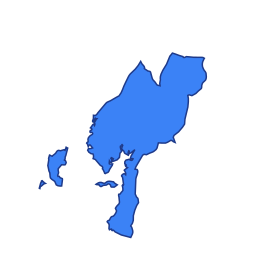 the Province of Veraguas, rotated 29°
{"feature_id": "PAN-1341", "entity_name": "Veraguas", "entity_type": "Province", "adm_level": 1, "iso_a3": "PAN", "parent_name": "Panama", "parent_adm1": "", "projection": "equal_earth", "projection_center": [-81.249, 8.046], "detail": "fine", "context": "isolated", "style": "filled", "palette": "blue", "viewbox_px": 256, "rotation_deg": 29, "n_neighbors": 0, "source": "natural_earth", "source_scale": "10m", "svg_char_len": 5782}
<svg xmlns="http://www.w3.org/2000/svg" viewBox="0 0 256 256"><g transform="rotate(29 128 128)"><path d="M130.6,40.9L133.9,40.3L137.8,39.7L141.5,38.9L142.2,39.4L142.9,39.2L143.7,38.4L144.4,37.3L151.2,34.3L157.8,30.7L159.3,30.0L161.0,30.0L161.0,31.0L161.0,31.3L161.2,33.7L161.5,34.8L162.0,36.1L162.9,37.5L163.5,38.3L165.1,39.6L166.6,40.6L168.1,41.2L169.1,41.8L169.7,42.3L171.6,45.1L172.2,46.4L172.6,48.1L172.2,49.9L171.7,51.3L171.4,52.7L171.8,54.8L172.2,55.8L172.6,56.4L172.8,57.1L173.0,57.9L171.6,61.5L170.6,64.9L168.2,68.7L165.5,69.3L164.5,70.5L166.4,72.8L168.1,75.9L170.2,80.7L173.5,92.6L175.6,97.2L175.3,100.9L174.1,106.8L171.8,112.2L172.1,114.2L176.2,117.8L174.2,118.0L173.5,117.8L172.3,117.7L171.4,118.1L169.5,121.3L168.1,123.0L165.0,124.7L161.8,126.3L163.1,131.4L163.0,133.2L162.1,135.5L161.4,136.8L158.9,139.8L157.1,142.4L154.9,143.2L154.5,143.7L154.0,144.8L153.7,158.0L154.1,160.6L156.1,159.9L156.9,160.4L157.4,160.9L158.0,162.1L158.5,163.9L159.1,167.3L159.6,168.9L166.3,182.2L168.9,184.2L170.6,184.7L171.2,185.2L173.4,188.2L173.2,191.5L173.8,196.5L175.2,202.1L177.4,206.2L178.0,208.9L178.0,210.6L177.8,211.8L177.9,212.4L179.2,212.9L180.0,213.6L181.8,215.4L182.7,216.7L183.2,218.3L183.5,222.4L174.0,224.8L167.0,225.1L165.2,224.5L164.7,224.5L164.2,225.2L163.8,225.4L163.3,225.2L162.9,224.5L162.3,224.5L161.1,226.0L160.1,225.2L158.7,222.2L158.3,221.6L157.6,221.1L156.9,220.7L156.0,220.5L155.2,220.1L155.2,219.3L155.6,218.5L156.0,218.1L156.4,217.6L156.3,215.1L156.4,214.1L156.8,213.3L157.8,212.3L158.1,211.7L158.4,210.2L158.5,208.0L158.2,206.1L155.9,204.3L156.0,202.1L156.9,198.5L156.5,197.0L153.3,192.4L153.0,192.2L152.4,191.4L152.0,190.5L153.0,189.7L153.2,188.7L153.3,187.5L153.6,186.5L153.8,185.2L152.9,183.5L151.8,182.1L150.9,181.3L150.9,180.5L151.6,180.5L151.6,179.7L147.4,174.1L146.5,173.4L145.8,173.2L145.5,172.8L145.6,171.7L146.1,170.6L146.7,169.9L147.6,169.7L148.6,170.0L148.2,169.0L147.2,168.0L146.1,167.2L145.3,166.9L145.2,166.4L146.8,162.9L145.9,162.9L145.0,162.8L144.3,162.5L143.8,162.0L144.1,161.9L144.3,161.9L144.5,161.8L144.5,161.3L142.4,160.7L141.6,159.1L141.7,157.3L142.3,156.5L142.8,156.2L143.2,155.7L143.8,155.1L144.7,154.9L145.8,154.9L146.7,154.7L147.3,154.0L147.4,152.5L146.8,152.5L144.9,154.0L144.3,150.9L144.5,143.6L142.6,148.3L141.3,149.9L140.3,147.6L139.7,147.6L139.9,148.9L140.2,149.8L140.7,150.4L141.5,150.9L141.5,151.7L137.6,151.7L136.8,151.4L135.7,150.3L134.6,150.1L132.4,149.2L132.0,147.4L131.8,145.7L130.2,145.2L131.0,145.7L131.3,146.1L131.4,146.9L130.2,147.4L130.4,148.3L132.0,150.1L133.5,151.2L133.7,151.3L133.6,152.3L133.4,153.2L133.2,153.9L134.8,157.9L134.0,161.0L132.0,163.4L130.2,165.2L129.8,164.3L129.7,163.7L129.9,163.3L130.2,162.9L130.2,162.0L129.0,161.9L127.8,162.0L127.8,162.9L128.7,163.2L129.2,163.9L130.2,166.0L129.0,166.6L128.5,166.5L127.8,166.0L128.4,167.4L129.0,168.4L129.5,168.4L130.7,167.6L132.0,166.9L132.3,168.2L132.0,173.3L132.2,174.6L132.2,175.4L132.0,176.5L131.6,177.0L130.6,178.2L130.2,178.9L129.5,178.9L128.8,178.2L126.0,176.2L125.4,176.1L124.9,174.6L123.9,174.1L121.9,174.1L114.7,171.4L112.3,171.7L112.0,170.3L111.4,169.2L110.7,168.3L110.0,167.7L108.0,168.4L105.4,168.1L103.5,167.0L103.4,165.2L104.1,164.9L105.7,163.8L106.7,162.6L103.3,161.2L102.4,161.6L102.3,163.6L100.3,161.7L99.2,161.3L99.2,160.5L99.8,159.4L99.3,158.5L98.5,157.4L98.1,156.1L98.3,154.2L98.7,152.9L99.9,150.9L99.9,150.1L99.3,149.5L98.6,149.3L98.0,149.5L97.5,150.1L96.9,150.1L96.3,149.3L96.3,148.4L97.1,147.5L97.1,146.7L96.4,146.1L95.1,146.1L95.4,144.3L95.5,142.4L96.0,141.3L97.5,142.1L97.3,141.0L96.9,140.3L95.7,138.9L96.1,138.0L96.0,136.3L96.3,134.9L95.2,135.5L94.7,135.3L94.6,136.9L95.0,138.5L95.1,139.4L94.8,139.7L94.2,139.6L93.7,139.2L93.5,138.6L93.4,137.7L93.1,136.4L91.6,133.6L93.4,132.9L93.8,132.0L94.2,130.6L94.3,129.2L96.6,117.5L96.9,116.4L97.3,115.5L99.4,112.7L103.8,105.4L104.3,104.8L104.4,104.6L104.6,104.0L104.9,100.5L104.6,97.0L104.1,93.4L103.8,89.0L103.5,83.2L103.5,81.5L103.8,79.5L105.8,73.1L106.6,68.4L106.8,63.6L109.0,65.1L111.6,66.0L112.6,66.6L113.1,67.0L113.5,68.1L117.6,68.5L119.8,67.9L120.6,68.2L124.6,72.3L126.1,73.6L129.6,74.8L131.5,75.8L132.4,76.2L133.2,76.2L135.6,75.5L134.2,73.7L133.5,71.8L133.2,70.8L132.8,69.8L132.1,68.8L131.4,67.3L130.8,64.9L130.5,60.6L130.8,53.5L129.8,44.9L130.4,41.9L130.4,41.3L130.6,40.9ZM91.5,203.7L92.5,204.4L95.1,204.1L95.7,204.9L98.1,210.9L96.5,211.8L94.6,212.5L92.8,212.5L89.8,210.2L86.0,209.8L84.4,209.3L83.5,208.3L81.4,205.2L79.7,203.9L76.1,199.7L74.1,194.2L73.4,193.3L73.2,192.8L72.5,189.7L72.9,189.6L74.7,189.6L75.5,189.3L75.5,188.8L76.6,186.2L77.0,184.7L77.0,183.7L77.1,182.8L77.6,181.7L78.3,181.1L79.9,180.7L82.3,178.3L83.2,177.6L83.2,178.1L83.8,178.1L83.6,177.2L83.4,175.7L83.2,174.8L83.8,174.8L83.8,175.7L84.4,175.7L84.3,175.1L84.5,174.9L85.0,174.8L87.0,182.4L87.1,183.7L87.2,184.0L87.9,185.4L88.0,185.7L87.9,186.6L87.9,186.9L88.2,187.0L88.9,186.8L89.2,186.9L90.0,187.6L90.5,187.9L90.8,188.6L90.9,190.5L90.4,191.0L87.7,192.4L87.6,193.2L86.9,196.6L86.7,197.2L87.3,198.7L88.8,200.5L89.2,201.7L89.3,202.9L89.7,203.9L90.3,204.3L90.9,203.7L91.5,203.7ZM136.2,184.5L137.3,183.7L138.9,183.0L141.5,182.1L142.6,182.6L143.8,182.8L146.2,182.9L145.2,185.3L144.5,186.5L143.5,186.9L142.6,187.5L141.9,187.7L141.2,187.3L140.6,186.7L140.1,186.3L139.6,186.2L138.8,186.1L137.9,186.4L137.4,187.0L137.1,187.8L136.7,188.4L134.3,190.1L133.1,192.0L132.6,192.4L131.8,192.4L131.0,192.2L130.4,191.9L130.2,191.7L127.8,192.8L127.3,192.8L128.1,191.3L128.9,190.1L129.8,189.2L130.9,188.6L134.0,188.0L134.9,186.9L135.4,185.6L136.2,184.5ZM79.0,216.5L79.9,216.1L80.6,216.2L81.4,216.5L82.6,216.5L81.5,217.7L80.4,220.7L79.6,222.2L80.0,222.7L80.3,223.7L79.6,223.7L78.3,218.4L78.4,217.4L78.1,216.7L78.0,216.3L78.4,215.7L78.8,215.7L79.0,215.8L79.1,216.0L79.0,216.5Z" fill="#3b82f6" stroke="#1e3a8a" stroke-width="1.5"/></g></svg>